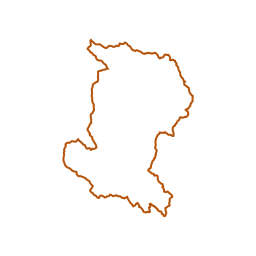 outline of Rodriguez de Mendoza, Amazonas, Peru, rotated 162°
{"feature_id": "86281439B72683184025265", "entity_name": "Rodriguez de Mendoza", "entity_type": "district", "adm_level": 2, "iso_a3": "PER", "parent_name": "Peru", "parent_adm1": "Amazonas", "projection": "robinson", "projection_center": [-77.448, -6.363], "detail": "fine", "context": "isolated", "style": "outline", "palette": "amber", "viewbox_px": 256, "rotation_deg": 162, "n_neighbors": 0, "source": "geoboundaries", "source_scale": "gbopen_adm2", "svg_char_len": 5834}
<svg xmlns="http://www.w3.org/2000/svg" viewBox="0 0 256 256"><g transform="rotate(162 128 128)"><path d="M85.4,193.3L86.7,193.3L87.7,193.6L88.4,193.2L88.8,193.2L89.3,193.6L89.8,193.7L90.9,194.3L91.9,196.0L92.8,197.0L94.0,197.9L95.3,199.1L96.2,199.3L97.3,199.0L97.8,199.6L98.8,200.0L99.4,200.9L100.0,201.5L100.6,204.3L101.1,205.5L102.0,206.1L102.8,207.5L103.1,208.8L104.5,210.2L105.7,209.5L106.6,209.4L108.1,209.9L109.8,210.9L110.4,210.1L110.7,209.3L112.2,208.9L113.7,209.9L115.4,209.4L116.7,209.6L117.1,209.8L117.7,210.5L118.8,211.3L120.3,211.9L121.4,211.7L123.2,210.9L123.9,210.8L124.7,211.1L126.3,212.7L128.8,216.2L130.0,216.7L131.4,216.9L133.2,217.9L136.1,223.2L136.5,223.0L136.9,222.5L137.7,218.4L138.7,217.4L140.1,217.2L141.0,216.7L141.8,216.0L142.0,215.5L141.1,214.3L140.1,211.4L139.2,210.7L138.9,210.2L138.3,208.2L136.6,206.5L136.5,206.0L136.7,204.2L136.4,203.0L136.0,202.1L135.2,201.4L132.9,200.5L132.3,200.0L131.1,196.9L129.5,194.7L129.4,191.4L129.0,190.7L130.6,190.9L131.8,190.6L134.1,191.1L135.2,190.8L135.8,190.8L137.6,191.2L139.2,190.7L139.5,189.7L139.5,189.2L139.7,188.2L140.6,186.7L141.3,183.5L141.5,183.0L142.3,181.9L142.7,181.5L143.0,181.4L143.5,181.5L144.6,181.4L145.6,180.9L146.8,180.8L147.2,180.7L148.2,179.7L149.1,177.8L150.5,176.2L150.9,173.8L151.8,171.3L152.7,169.7L152.6,167.9L153.3,166.3L153.8,163.1L153.4,162.0L153.3,161.2L153.6,160.0L154.1,158.5L154.8,155.4L155.4,155.1L157.2,153.2L157.7,153.0L158.4,152.9L159.1,152.3L159.5,151.7L159.8,151.1L160.1,149.7L160.3,147.7L161.1,145.6L161.4,144.1L163.1,143.4L163.7,142.4L167.0,139.3L166.6,136.5L165.9,134.5L166.0,134.0L166.5,133.6L166.5,133.0L165.8,131.7L164.9,130.6L165.3,128.2L164.0,123.0L163.8,121.3L163.9,119.6L164.4,119.0L164.8,118.9L166.5,118.6L167.2,118.7L168.5,119.4L169.2,118.7L169.7,118.5L170.1,118.7L170.5,120.1L171.0,120.8L171.3,121.0L173.0,120.9L173.8,121.4L174.4,125.2L174.6,125.5L175.3,125.7L176.2,127.1L176.3,127.9L176.9,128.7L177.2,129.6L178.1,130.5L179.0,132.7L181.8,131.1L183.6,131.8L185.1,132.7L185.5,132.8L188.2,132.0L188.7,132.1L189.4,132.6L190.4,132.7L192.4,131.9L192.7,131.3L192.6,130.5L192.7,130.1L195.4,127.3L195.6,126.9L195.7,125.4L196.8,124.3L196.9,122.5L198.3,120.0L199.5,117.3L199.3,115.6L199.4,112.1L199.0,111.5L198.5,110.0L198.0,109.3L196.0,107.8L194.2,104.7L193.3,103.7L192.4,103.1L191.6,102.9L190.7,102.3L190.6,101.8L191.1,99.9L189.9,97.4L188.3,97.1L187.1,96.1L186.1,95.5L185.4,94.7L183.9,93.4L183.5,92.1L183.1,91.7L182.6,91.4L182.1,90.3L181.5,89.8L181.2,89.4L181.1,89.0L181.1,88.1L180.6,85.9L179.5,84.1L179.5,83.8L179.7,83.3L181.2,81.9L183.3,80.5L183.4,79.9L182.7,78.0L181.4,76.6L181.1,75.0L180.4,74.2L179.6,73.7L178.6,71.3L178.3,71.0L177.2,70.5L176.8,70.7L176.1,71.8L175.3,72.1L174.5,72.1L173.2,71.2L171.9,69.7L171.7,69.2L170.5,69.0L169.6,69.4L168.1,69.2L167.1,69.2L166.0,70.0L165.3,70.1L165.1,70.0L163.6,68.1L163.2,67.7L160.6,67.7L160.1,67.6L159.4,67.2L158.4,66.0L156.9,65.7L156.3,65.1L155.3,63.5L155.0,63.3L154.0,63.1L153.4,62.2L150.1,62.8L150.0,62.5L150.1,61.3L149.0,56.5L148.7,55.7L148.0,54.6L147.4,52.9L147.3,51.9L147.1,51.8L146.9,51.8L145.1,52.3L143.7,53.3L142.3,53.8L141.8,53.1L141.6,51.9L141.1,50.8L141.8,49.5L140.9,48.9L140.2,48.0L139.7,46.5L139.3,45.8L139.1,43.6L138.8,43.2L136.7,42.0L136.3,42.0L135.4,42.4L134.2,41.7L133.8,41.3L133.3,41.3L132.8,42.6L132.7,45.8L132.6,46.0L131.3,46.2L131.0,46.5L130.8,47.3L130.9,48.9L130.3,49.1L129.8,48.7L129.0,47.4L128.2,46.5L128.1,46.1L127.4,45.9L127.1,44.8L126.3,44.4L126.0,43.2L125.0,41.9L125.1,40.8L124.3,39.7L124.0,39.0L122.7,38.6L122.2,38.0L122.1,36.8L122.4,36.0L122.3,35.7L121.3,35.0L121.2,34.6L121.1,33.5L120.6,32.8L120.0,32.9L119.6,33.1L117.7,35.6L117.8,38.1L117.2,39.4L117.3,40.0L117.2,40.3L116.0,40.4L114.1,41.2L112.4,41.4L112.2,43.2L111.8,44.2L111.0,45.3L110.5,47.2L110.3,47.5L108.4,48.6L107.4,48.7L106.9,49.5L107.4,51.0L108.6,53.0L109.4,53.9L109.6,54.9L109.8,55.2L110.5,55.5L111.5,55.4L112.4,55.5L113.2,56.3L113.3,56.9L112.8,58.3L113.0,59.7L113.5,61.2L112.6,61.7L112.5,64.0L113.4,64.5L114.7,66.5L115.2,67.6L115.7,69.9L115.0,71.7L114.7,73.2L115.1,73.8L115.8,74.4L117.4,74.4L117.8,74.9L117.7,76.2L118.4,76.9L119.3,77.3L120.2,78.5L120.6,79.5L121.8,80.9L121.8,81.2L121.7,81.7L120.8,82.5L119.4,82.8L118.7,83.1L117.3,85.7L115.5,88.0L115.2,88.6L114.4,89.3L113.1,89.8L112.6,91.0L111.8,91.1L111.1,91.8L110.3,93.7L109.8,93.9L109.6,94.3L109.1,95.9L107.8,97.2L107.7,97.6L107.7,98.4L108.3,99.7L108.3,100.7L107.8,101.9L107.1,102.5L106.5,104.6L106.4,106.0L105.9,106.8L105.4,108.1L104.6,109.4L103.9,109.9L102.0,112.1L99.9,112.9L99.0,113.9L97.5,113.0L95.9,112.4L95.4,112.5L94.8,112.2L94.1,112.6L93.3,111.3L92.4,110.5L91.9,109.5L91.5,109.0L90.9,108.7L90.2,108.7L89.6,108.1L88.6,107.4L88.1,106.6L87.5,106.4L86.9,107.0L86.2,108.7L86.3,109.5L86.0,113.0L84.9,115.0L83.5,115.6L82.6,115.7L82.6,116.1L82.3,116.6L80.4,117.5L79.6,118.5L77.9,119.7L77.0,119.8L76.6,120.1L76.3,120.7L75.4,121.9L74.1,121.8L73.8,121.3L73.3,121.0L71.0,120.8L70.3,121.0L69.6,120.6L68.2,120.9L67.1,121.6L66.6,122.2L66.3,123.1L66.1,123.5L66.0,124.2L66.2,125.4L67.5,127.2L67.5,127.5L66.7,127.4L66.2,127.8L64.8,127.8L61.6,130.2L61.3,131.3L58.3,133.6L57.1,137.3L56.6,138.1L56.5,138.5L57.3,139.4L57.4,140.2L58.1,141.4L58.5,143.0L58.5,143.6L58.1,144.8L58.1,146.8L57.9,147.2L58.3,148.1L59.2,149.1L59.7,150.1L61.0,151.5L60.7,153.7L60.4,154.1L59.5,154.6L60.4,155.5L60.5,156.1L60.4,157.2L60.8,158.7L61.3,159.2L61.9,162.3L61.3,164.4L61.9,167.8L61.7,169.7L61.7,171.1L62.6,172.8L62.5,173.5L62.1,173.8L62.0,174.1L62.1,175.1L62.7,176.5L62.5,177.4L63.6,178.3L64.4,179.2L66.7,179.3L67.0,179.5L66.4,180.8L66.3,182.6L66.5,184.1L67.1,185.2L67.7,185.4L68.3,185.3L69.4,186.2L70.5,186.3L71.0,186.0L72.5,184.5L73.1,184.4L73.9,184.4L75.0,184.8L75.3,184.8L75.7,184.4L76.2,184.3L76.6,184.8L77.1,186.1L77.3,188.4L78.7,191.0L79.4,191.2L82.1,191.3L83.4,192.2L84.5,192.4L85.0,192.8L85.4,193.3Z" fill="none" stroke="#b45309" stroke-width="2"/></g></svg>